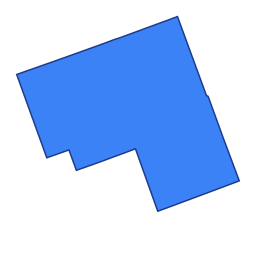 outline of Cass, Indiana, United States of America, rotated 340°
{"feature_id": "52423323B33469895135011", "entity_name": "Cass", "entity_type": "district", "adm_level": 2, "iso_a3": "USA", "parent_name": "United States of America", "parent_adm1": "Indiana", "projection": "robinson", "projection_center": [-86.374, 40.736], "detail": "fine", "context": "isolated", "style": "filled", "palette": "blue", "viewbox_px": 256, "rotation_deg": 340, "n_neighbors": 0, "source": "geoboundaries", "source_scale": "gbopen_adm2", "svg_char_len": 384}
<svg xmlns="http://www.w3.org/2000/svg" viewBox="0 0 256 256"><g transform="rotate(340 128 128)"><path d="M41.7,39.6L41.5,128.2L65.0,128.4L65.0,137.6L65.0,150.1L88.7,150.3L127.9,150.1L127.5,216.4L174.5,216.1L214.5,215.7L214.1,171.8L214.1,125.6L212.8,124.3L212.6,40.2L150.5,40.4L145.2,40.2L135.2,40.3L88.5,40.1L41.7,39.6Z" fill="#3b82f6" stroke="#1e3a8a" stroke-width="1.5"/></g></svg>